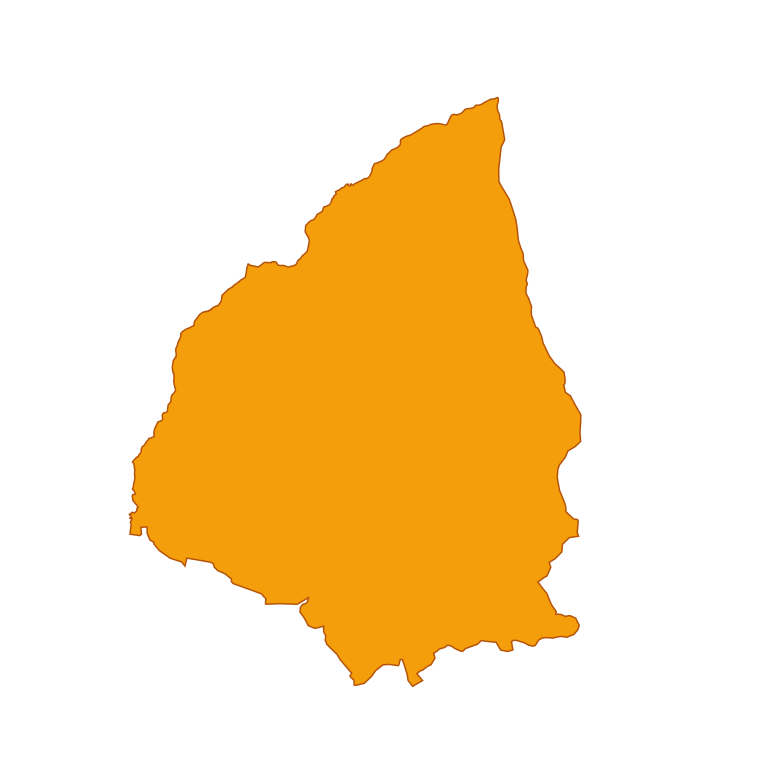 Barbuletu, Dâmbovita, Romania (Mercator projection), rotated 10°
{"feature_id": "2599482B33766415063950", "entity_name": "Barbuletu", "entity_type": "district", "adm_level": 2, "iso_a3": "ROU", "parent_name": "Romania", "parent_adm1": "Dâmbovita", "projection": "mercator", "projection_center": [25.286, 45.144], "detail": "fine", "context": "isolated", "style": "filled", "palette": "amber", "viewbox_px": 768, "rotation_deg": 10, "n_neighbors": 0, "source": "geoboundaries", "source_scale": "gbopen_adm2", "svg_char_len": 6153}
<svg xmlns="http://www.w3.org/2000/svg" viewBox="0 0 768 768"><g transform="rotate(10 384 384)"><path d="M614.4,597.7L617.6,592.4L618.2,587.8L613.4,581.3L607.7,579.9L605.7,580.2L603.6,581.3L600.8,580.9L598.5,580.2L595.5,580.5L593.1,581.0L593.1,578.3L591.6,576.6L588.9,574.1L586.6,571.3L583.5,566.5L580.8,562.0L576.2,558.2L569.9,552.1L572.0,550.3L575.1,546.9L577.8,544.8L580.1,535.6L577.7,531.0L582.9,526.3L588.3,518.5L587.6,510.9L593.2,503.1L602.1,500.1L600.1,496.7L599.1,485.8L598.2,483.9L594.3,484.0L589.3,480.9L585.2,477.9L584.5,473.8L582.5,469.6L575.2,458.0L570.8,445.9L570.0,437.8L570.8,433.3L575.2,424.7L576.8,417.9L583.2,412.4L587.6,406.4L585.3,397.3L584.3,387.3L583.1,380.0L575.9,371.4L569.6,363.3L564.1,360.7L561.2,353.8L562.1,352.2L561.4,347.4L559.1,341.0L555.3,338.4L548.8,334.4L542.0,327.8L533.5,316.0L531.1,310.1L527.1,303.8L525.5,302.1L523.5,301.7L517.4,290.9L516.3,286.6L515.9,282.3L511.6,274.7L508.0,270.0L507.2,263.9L507.8,260.3L505.9,257.3L506.3,249.9L505.9,246.9L500.0,238.3L498.4,231.6L494.8,225.8L491.4,219.2L487.6,205.9L485.1,198.9L480.8,190.5L475.3,180.3L466.0,169.7L462.1,164.9L459.7,153.0L458.2,130.2L460.0,124.4L460.3,122.1L454.2,105.1L452.4,103.6L450.8,98.3L449.1,96.2L447.0,91.0L447.5,85.2L446.8,82.7L446.4,82.2L445.8,82.2L443.0,84.2L439.6,85.0L433.9,89.4L431.6,91.5L429.4,92.8L425.9,93.6L424.0,96.5L422.1,97.3L417.4,98.7L416.0,99.7L414.6,102.0L413.0,104.1L409.1,106.3L406.2,106.3L404.8,106.7L403.7,107.9L403.1,109.6L402.7,111.1L402.1,113.2L401.2,116.8L400.0,118.1L398.5,118.4L395.6,118.0L392.6,118.1L389.1,118.7L384.7,120.3L383.4,121.6L380.2,122.7L378.7,123.5L375.9,126.4L367.1,134.1L363.1,136.1L360.3,138.2L358.3,140.1L358.0,141.2L358.1,143.0L358.5,144.2L358.3,145.7L356.3,148.7L353.2,150.9L351.0,152.2L350.2,153.3L349.0,155.2L347.5,157.0L346.8,158.4L346.3,160.3L345.0,163.0L343.4,164.5L341.4,165.8L338.7,167.7L336.5,168.5L336.1,169.4L335.2,172.6L334.9,174.8L335.1,175.2L335.2,176.2L334.9,177.9L333.6,182.2L332.9,183.4L331.0,184.8L329.5,185.0L329.0,185.3L326.2,187.7L320.1,192.1L319.4,193.3L318.3,193.7L317.6,193.4L317.3,192.7L316.9,192.6L316.4,193.3L316.5,194.5L315.4,194.9L314.2,194.4L314.3,193.5L313.0,193.6L312.2,193.9L310.7,196.7L309.8,197.6L308.3,198.1L307.0,199.9L302.9,203.0L303.9,205.4L301.8,207.9L301.8,209.6L300.7,210.4L300.3,214.7L299.0,217.1L296.5,218.9L293.8,220.3L293.5,223.5L293.0,224.9L288.8,228.6L287.0,233.1L285.7,234.8L284.2,235.4L282.3,237.1L280.4,240.1L279.4,241.6L279.9,247.3L280.2,248.2L283.8,252.5L285.4,255.2L285.5,256.6L285.7,257.9L285.5,264.5L285.1,267.3L281.0,272.4L280.2,274.5L278.4,276.6L277.5,277.9L277.3,279.7L276.6,281.6L275.2,282.7L269.6,285.4L264.0,284.7L261.6,285.3L259.2,285.4L256.2,282.4L252.4,283.2L251.9,284.1L245.1,285.0L240.7,289.8L239.0,290.6L233.8,290.3L231.9,290.5L230.9,289.8L229.4,289.4L228.9,293.1L228.8,296.3L229.1,297.6L228.9,299.5L228.9,302.5L228.0,303.9L225.0,306.5L224.6,306.7L224.0,307.8L218.3,313.7L218.3,314.8L217.5,315.0L216.8,315.5L215.3,317.2L214.6,317.4L209.1,324.8L209.4,329.8L208.9,331.6L207.3,335.0L206.6,335.8L204.9,336.5L202.0,338.8L200.5,340.5L200.9,341.0L198.4,342.2L198.6,342.6L198.1,343.3L196.4,343.1L195.0,344.2L194.2,344.1L191.9,346.0L190.1,347.9L189.1,350.5L188.6,351.1L186.6,355.2L186.4,356.4L186.7,359.3L182.1,362.9L180.8,363.5L179.3,364.6L176.8,366.9L176.0,368.0L175.0,369.9L175.7,371.7L175.4,373.6L173.9,378.9L173.8,381.3L172.9,385.2L173.2,388.0L174.1,390.0L174.5,393.7L173.8,393.8L173.2,396.2L172.5,397.0L172.4,398.0L172.7,401.9L172.4,403.1L173.2,406.6L174.0,408.6L174.9,408.9L174.6,410.3L175.7,411.4L176.1,414.5L176.4,415.9L176.4,417.7L177.7,421.6L179.8,426.0L179.7,427.0L179.3,428.1L178.0,430.5L177.4,431.2L177.1,431.9L176.7,434.1L177.1,438.5L175.1,441.9L175.2,446.4L175.5,447.8L175.3,448.7L174.3,449.9L172.3,450.5L171.4,451.6L171.0,453.7L172.0,456.1L172.2,457.2L171.3,458.7L167.9,460.7L166.0,467.6L165.8,471.3L166.1,473.3L166.5,474.2L166.6,475.8L165.2,476.6L163.8,477.7L162.1,478.3L161.9,478.6L161.6,479.6L160.1,482.0L159.8,483.1L159.2,483.9L159.1,484.8L158.9,485.4L157.5,487.0L156.8,488.0L156.3,489.7L156.3,491.1L156.6,492.6L156.5,493.5L156.0,494.6L155.0,496.1L154.8,496.6L154.6,498.1L154.4,498.4L153.2,498.9L150.6,502.9L149.8,504.6L151.0,505.3L152.2,508.1L152.8,508.7L152.6,509.9L153.6,511.9L153.6,513.4L153.8,514.7L154.0,516.4L154.7,518.0L155.1,522.2L154.8,526.3L155.0,529.3L154.6,530.9L154.7,531.6L156.4,532.5L158.2,535.6L157.0,536.4L155.9,536.5L155.6,537.2L155.5,538.3L156.1,539.5L156.4,540.9L157.3,542.8L159.2,544.0L159.4,544.6L160.0,545.1L161.5,545.9L162.9,548.1L163.2,548.1L162.2,549.9L162.6,551.6L161.8,553.1L160.2,554.5L158.8,554.0L158.1,554.2L157.7,555.0L156.4,556.0L155.9,556.7L156.3,557.2L156.8,556.7L157.1,556.8L157.8,558.2L158.1,559.5L156.9,560.2L157.0,560.5L158.6,560.5L158.9,560.0L159.3,560.6L159.4,561.5L158.1,564.0L159.4,566.3L159.9,576.0L169.9,575.7L171.2,574.0L169.5,567.3L175.4,565.9L176.7,572.2L180.5,578.2L181.7,578.6L185.1,580.1L185.2,581.5L191.7,587.1L203.6,592.7L215.7,594.4L219.6,597.9L220.1,589.7L243.8,589.6L247.1,590.5L248.7,594.0L252.9,596.7L260.4,598.5L267.5,602.5L268.1,605.1L270.0,606.7L300.2,612.0L301.7,613.6L304.9,615.8L305.4,620.7L305.8,621.4L319.6,618.4L336.8,616.0L346.6,607.6L346.5,611.6L345.0,613.9L342.2,615.1L340.5,618.5L340.8,623.1L345.4,627.5L348.5,631.2L351.3,635.1L358.1,636.6L361.5,635.4L366.6,633.0L366.9,634.8L367.7,638.6L370.3,641.9L370.6,646.4L372.8,650.1L377.5,653.6L384.7,658.4L388.7,663.1L402.5,674.5L401.1,677.4L402.3,678.7L405.8,680.8L407.0,685.8L409.5,685.3L416.6,682.1L422.6,674.0L425.4,667.9L431.8,660.7L438.0,659.2L446.8,658.9L447.4,658.1L447.8,652.6L450.2,652.2L450.6,653.4L452.5,656.7L457.4,666.4L459.2,671.8L464.7,676.8L473.5,669.3L466.6,663.5L469.5,660.3L471.7,659.1L475.7,654.6L479.0,652.4L481.8,645.0L479.6,640.5L482.3,638.3L484.6,635.3L489.4,633.0L491.9,630.2L495.7,630.3L498.8,631.8L502.3,632.9L506.7,633.8L508.4,633.2L510.1,630.4L521.2,624.1L524.4,619.7L528.3,619.7L535.3,619.2L539.1,618.8L545.2,625.8L552.3,625.9L557.1,623.5L554.3,615.5L556.2,613.8L559.8,613.5L567.6,614.6L571.8,616.1L576.2,616.3L578.4,615.2L580.7,609.5L583.8,606.8L588.0,605.5L594.3,604.9L600.9,602.2L603.2,601.7L607.9,601.7L614.4,597.7Z" fill="#f59e0b" stroke="#b45309" stroke-width="1.5"/></g></svg>